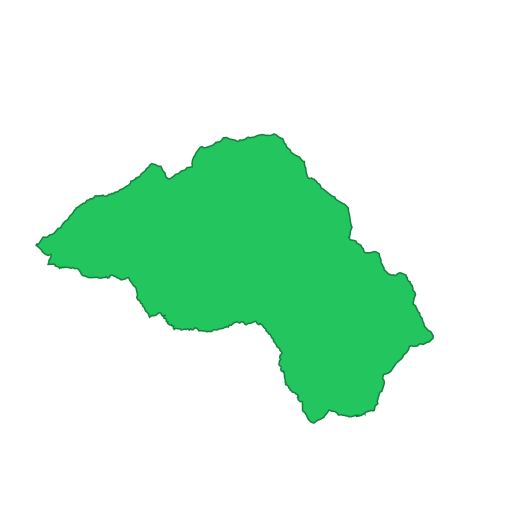 outline of Maneciu, Prahova, Romania, rotated 121°
{"feature_id": "2599482B82003070175979", "entity_name": "Maneciu", "entity_type": "district", "adm_level": 2, "iso_a3": "ROU", "parent_name": "Romania", "parent_adm1": "Prahova", "projection": "natural_earth1", "projection_center": [25.967, 45.402], "detail": "fine", "context": "isolated", "style": "filled", "palette": "green", "viewbox_px": 512, "rotation_deg": 121, "n_neighbors": 0, "source": "geoboundaries", "source_scale": "gbopen_adm2", "svg_char_len": 6107}
<svg xmlns="http://www.w3.org/2000/svg" viewBox="0 0 512 512"><g transform="rotate(121 256 256)"><path d="M370.3,429.9L366.9,424.8L366.8,423.8L367.9,423.2L367.1,419.5L367.8,418.0L366.4,417.5L366.5,416.7L365.2,416.1L365.1,414.9L364.0,414.0L363.5,412.7L362.7,411.8L361.8,408.3L360.2,407.0L360.4,405.5L358.9,402.8L358.8,401.7L359.6,399.4L361.4,396.4L362.1,394.3L361.0,391.5L360.9,389.0L360.0,387.0L355.7,380.5L355.9,379.4L354.4,376.9L352.5,375.3L352.1,374.1L350.9,373.8L351.4,371.8L349.8,371.3L350.1,370.9L349.8,370.7L347.6,370.9L346.4,369.6L346.4,366.9L345.8,366.0L346.3,363.9L345.8,362.5L345.9,359.2L342.9,356.2L340.8,355.1L340.1,354.3L342.3,350.8L342.9,348.8L344.3,346.3L345.0,342.6L350.3,337.6L352.9,336.9L354.3,335.0L354.4,332.3L355.9,330.4L355.7,328.9L357.3,327.4L357.7,325.3L360.1,322.3L360.5,319.3L363.3,315.6L360.4,314.5L360.3,313.3L358.4,311.3L354.4,309.8L353.9,308.0L354.9,307.0L355.6,305.2L354.2,304.4L354.0,303.4L355.5,304.1L355.7,303.4L356.8,302.7L356.1,301.1L357.0,299.9L358.4,299.1L358.0,297.4L359.2,297.1L359.5,295.2L359.5,294.0L358.4,293.2L359.2,292.3L358.6,290.5L360.3,289.8L361.1,288.3L359.6,287.8L357.7,283.6L357.5,283.0L358.0,282.5L357.8,281.8L355.5,279.7L355.0,278.0L353.3,276.8L353.9,275.1L352.0,274.6L352.4,273.6L351.9,272.1L349.5,271.5L348.6,270.5L348.5,268.5L349.6,266.4L348.0,264.1L347.3,262.1L346.6,261.4L346.2,259.0L344.4,256.8L344.1,255.7L343.2,255.0L341.2,254.5L339.3,251.1L338.0,250.5L335.0,247.0L333.1,245.9L332.5,245.1L331.4,244.7L331.2,243.1L329.0,243.2L328.0,241.5L324.5,240.4L321.9,238.2L322.2,237.0L321.9,235.4L320.1,234.9L319.4,233.6L319.4,232.0L320.2,230.4L320.1,229.1L317.8,227.9L315.8,225.4L312.5,223.2L312.2,222.3L313.4,219.9L313.4,218.7L313.1,218.0L312.2,218.0L311.8,217.3L312.1,216.4L311.9,215.1L313.2,212.6L313.6,209.9L315.0,208.7L315.4,206.0L316.3,205.3L315.8,203.5L318.1,200.2L318.1,198.7L320.2,196.9L320.5,195.3L322.0,192.4L323.0,191.3L323.2,187.9L324.7,186.7L325.1,184.5L326.3,183.5L328.4,184.3L328.9,183.7L329.7,183.9L331.3,183.0L331.9,181.5L333.7,181.9L337.3,180.4L337.7,179.8L337.8,177.5L338.9,176.8L340.5,176.5L341.6,174.9L340.4,173.0L341.5,172.9L341.5,171.8L346.0,168.5L347.3,166.8L349.2,165.9L349.3,164.9L350.4,164.9L350.9,164.5L351.0,163.8L350.6,162.8L351.1,160.9L352.1,160.1L352.5,158.5L353.2,157.8L353.3,156.0L354.0,154.8L353.4,153.5L353.2,151.5L353.6,151.2L353.7,149.9L353.4,148.7L354.3,148.2L355.0,146.9L356.1,147.4L356.2,146.6L357.5,145.8L358.0,143.0L357.1,141.7L357.2,141.0L364.5,136.5L365.0,135.3L365.0,133.5L366.0,132.0L366.1,131.3L368.9,127.4L370.0,123.7L369.5,120.4L365.1,118.6L362.7,116.6L359.2,114.7L356.9,114.8L356.1,114.4L350.4,114.0L350.0,110.9L348.7,108.5L348.9,105.2L349.9,103.5L347.9,100.8L348.0,99.9L347.0,98.2L346.8,96.5L345.9,95.3L346.1,94.2L344.6,91.4L340.5,87.7L340.1,86.9L341.3,87.5L341.6,87.2L341.0,86.2L338.3,83.6L334.8,81.9L335.2,81.3L334.3,81.7L333.0,81.3L328.8,77.3L328.6,76.1L327.5,75.1L323.2,76.6L319.9,75.5L318.1,77.2L310.9,79.3L308.7,79.6L307.3,78.4L299.9,80.2L297.6,81.3L296.4,82.8L295.9,84.3L292.1,85.7L288.4,82.3L285.5,81.1L275.8,80.6L269.3,78.4L266.9,78.1L264.8,78.6L261.3,77.2L257.5,77.0L254.6,78.0L252.7,76.2L252.5,75.1L250.5,71.9L249.7,71.1L247.8,70.8L246.7,70.1L245.6,67.0L242.3,65.2L240.7,63.4L235.3,61.9L233.2,62.9L231.1,66.7L230.8,68.0L231.1,69.9L229.4,75.5L226.9,77.9L226.2,79.4L224.0,81.3L222.7,84.8L220.6,86.3L220.3,88.3L216.5,93.7L216.3,96.6L210.9,98.7L207.0,99.3L206.2,100.0L205.1,101.6L204.5,104.1L203.1,104.7L200.8,107.0L200.8,108.4L199.9,109.1L199.6,110.3L198.6,110.8L199.1,112.1L198.1,114.1L196.5,115.3L196.5,116.0L195.1,117.7L196.0,123.8L197.7,125.2L200.9,126.3L201.4,128.4L202.6,130.0L203.1,133.3L201.8,138.6L201.3,139.6L200.2,140.1L199.8,141.4L198.6,142.8L197.2,145.7L195.4,146.5L193.8,148.2L193.3,149.3L190.6,151.6L190.6,154.9L191.2,156.8L194.0,159.4L196.8,163.5L196.7,165.7L194.3,168.0L194.4,169.2L192.8,171.6L193.0,176.1L191.8,178.0L192.1,179.7L193.6,183.5L192.9,184.9L192.1,185.4L192.3,186.1L190.5,185.9L185.8,187.9L181.7,188.6L180.8,190.1L176.8,193.8L173.6,196.2L169.7,200.0L167.3,201.6L166.0,206.7L166.4,210.1L166.4,216.5L165.8,217.9L164.9,218.6L165.5,221.7L164.0,232.9L164.1,235.5L162.8,236.6L161.9,238.1L161.7,239.0L162.0,240.5L160.6,243.5L160.7,244.5L160.2,245.8L160.7,246.9L160.5,248.6L161.5,249.2L162.4,251.2L161.3,253.0L157.9,256.6L154.8,258.8L154.6,259.6L152.7,261.5L150.1,263.2L150.7,264.7L148.8,269.8L149.4,274.8L149.0,279.4L147.5,281.4L146.9,285.7L145.0,288.0L144.7,289.7L141.8,293.2L142.3,297.2L142.2,299.2L141.7,300.6L142.1,303.5L144.0,304.6L145.9,306.5L146.8,308.8L147.7,309.7L148.1,311.9L149.1,313.8L151.9,316.7L156.0,319.6L156.1,320.4L157.8,322.0L157.9,323.3L158.9,324.5L161.8,325.5L162.4,326.4L164.1,327.6L164.7,329.5L166.9,330.2L167.6,332.0L167.4,333.5L169.5,339.3L169.3,340.3L169.9,343.0L170.7,343.6L171.4,344.9L175.0,345.1L177.1,346.2L178.3,347.9L179.0,348.1L179.1,348.8L183.2,350.0L188.9,354.8L190.1,356.2L190.1,358.7L191.9,359.9L198.3,360.5L202.0,360.1L203.0,360.4L206.8,359.7L209.7,358.5L211.2,357.2L212.6,356.7L215.8,360.7L218.6,361.0L222.2,364.2L225.2,364.7L227.6,367.1L229.8,367.6L234.0,369.4L234.9,370.6L234.7,373.9L231.5,377.0L231.3,378.6L230.5,380.4L228.1,383.6L229.4,386.2L229.5,389.6L230.6,393.0L233.1,393.9L235.0,393.7L237.7,394.9L239.8,394.7L245.0,396.7L247.2,396.5L248.9,397.3L249.8,398.4L250.9,398.3L251.3,399.2L252.4,399.1L255.0,400.4L256.2,401.8L258.1,401.2L260.4,401.4L263.1,403.1L266.4,404.4L269.5,406.8L272.0,407.4L274.1,409.9L276.1,410.4L276.5,411.7L278.2,412.6L278.7,413.7L281.3,414.6L282.6,416.3L282.9,417.5L282.6,418.3L283.0,419.0L283.9,419.3L284.8,421.0L285.5,421.3L285.7,422.3L286.7,423.1L286.6,424.0L286.9,424.4L287.9,425.1L289.4,424.9L291.0,426.0L291.7,426.0L292.2,427.5L294.1,428.2L295.3,429.6L298.8,429.8L299.5,431.0L303.0,432.8L305.9,433.7L307.2,434.9L308.1,434.6L310.2,435.2L314.1,435.1L317.8,436.2L321.7,436.0L324.3,437.4L327.0,438.1L332.7,438.1L334.4,439.9L340.6,440.8L342.7,442.0L344.3,443.7L347.5,444.7L349.5,448.2L358.0,448.5L358.4,449.9L360.0,450.1L360.9,444.2L362.5,440.9L363.0,437.4L362.6,434.5L360.2,432.5L361.4,431.6L365.6,431.0L366.2,431.3L367.0,430.7L370.3,429.9Z" fill="#22c55e" stroke="#15803d" stroke-width="1.5"/></g></svg>